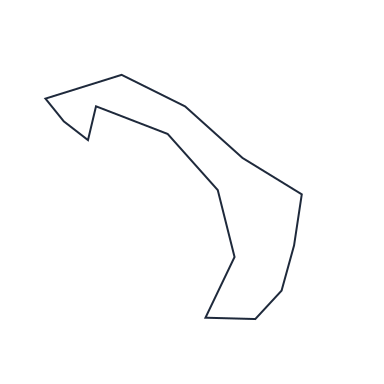 map outline of Lord Howe Island (orthographic projection), rotated 338°
{"feature_id": "AUS-2659", "entity_name": "Lord Howe Island", "entity_type": "Territory", "adm_level": 1, "iso_a3": "AUS", "parent_name": "Australia", "parent_adm1": "", "projection": "orthographic", "projection_center": [159.073, -31.556], "detail": "fine", "context": "isolated", "style": "outline", "palette": "slate", "viewbox_px": 384, "rotation_deg": 338, "n_neighbors": 0, "source": "natural_earth", "source_scale": "10m", "svg_char_len": 350}
<svg xmlns="http://www.w3.org/2000/svg" viewBox="0 0 384 384"><g transform="rotate(338 192 192)"><path d="M91.1,50.5L170.6,57.0L217.7,110.1L251.6,179.4L292.9,235.3L266.6,279.8L238.1,317.0L203.1,333.5L157.4,313.6L207.1,268.2L216.6,199.9L191.2,129.1L135.1,76.6L115.0,104.9L99.6,78.5L91.1,50.5Z" fill="none" stroke="#1e293b" stroke-width="2"/></g></svg>